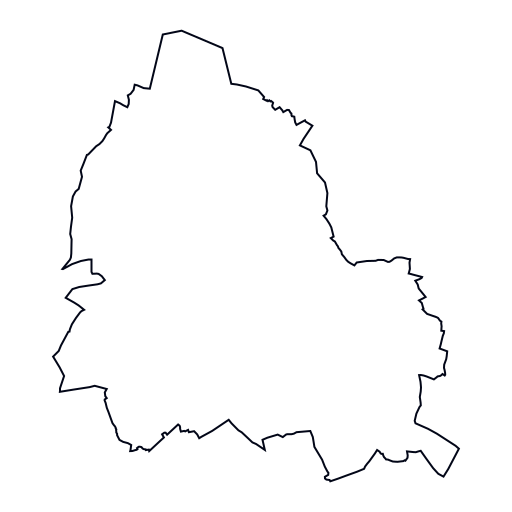 Nnewi North, Anambra, Nigeria
{"feature_id": "59680162B73952515985037", "entity_name": "Nnewi North", "entity_type": "district", "adm_level": 2, "iso_a3": "NGA", "parent_name": "Nigeria", "parent_adm1": "Anambra", "projection": "albers", "projection_center": [6.91, 6.02], "detail": "fine", "context": "isolated", "style": "outline", "palette": "ink", "viewbox_px": 512, "rotation_deg": 0, "n_neighbors": 0, "source": "geoboundaries", "source_scale": "gbopen_adm2", "svg_char_len": 4459}
<svg xmlns="http://www.w3.org/2000/svg" viewBox="0 0 512 512"><path d="M115.0,101.1L111.0,122.7L109.4,126.8L108.3,127.4L111.0,129.9L107.3,133.2L106.1,134.9L104.1,138.5L102.4,141.1L99.4,144.1L96.2,146.2L88.2,154.5L86.9,154.9L83.4,164.0L80.7,170.6L82.0,176.8L78.7,188.9L75.6,191.5L72.9,196.4L71.1,206.2L72.2,217.7L71.0,226.5L70.2,234.0L71.6,239.2L71.5,243.6L71.3,253.6L70.9,257.5L69.9,259.8L62.4,269.0L62.9,269.1L72.1,264.1L80.9,261.0L88.6,259.5L91.5,259.5L91.5,271.9L92.4,273.8L96.8,273.6L98.6,273.9L101.8,276.2L104.8,280.1L100.9,283.4L97.5,284.3L88.3,285.6L79.2,287.0L72.4,289.1L65.7,297.8L74.2,302.6L78.6,305.4L84.1,309.8L81.5,311.1L80.1,312.4L76.0,317.9L71.9,324.3L69.9,329.3L69.5,331.6L68.3,331.8L61.0,345.4L58.7,351.0L53.1,356.6L59.6,367.3L64.1,376.0L60.0,388.3L60.0,390.8L59.9,391.8L73.5,389.6L89.7,387.1L94.7,385.8L106.7,389.0L104.8,392.4L105.3,396.2L106.7,398.1L104.7,399.5L104.6,400.3L105.1,401.6L105.6,402.8L106.8,407.8L108.5,412.1L112.5,423.2L114.1,425.4L115.0,426.4L115.5,427.4L115.8,428.1L115.7,428.5L116.3,429.4L116.1,430.0L116.3,431.6L116.3,432.5L117.1,433.8L117.1,435.2L119.5,439.9L123.2,441.9L127.0,442.9L128.0,443.2L131.2,445.0L130.5,450.0L130.2,451.1L132.3,451.0L133.4,450.7L134.9,450.2L136.6,449.8L137.5,449.1L137.0,448.1L138.6,446.8L139.8,446.7L141.5,447.1L142.4,448.3L143.4,449.0L144.7,449.3L145.7,449.4L145.9,450.1L148.8,449.6L149.2,451.1L160.6,440.5L163.9,437.5L162.1,434.3L164.3,432.7L165.6,432.7L167.1,434.7L178.1,424.5L179.6,425.7L180.1,427.1L180.1,428.8L180.9,431.6L184.2,430.9L185.2,431.4L186.3,430.8L188.1,429.9L188.9,432.2L194.1,431.2L197.2,434.4L199.2,438.2L201.4,436.8L212.2,430.9L228.7,419.8L231.5,423.3L238.4,430.3L241.7,432.3L248.0,438.2L252.4,442.4L256.1,444.0L264.8,449.9L262.5,439.8L267.4,437.7L277.7,434.6L282.8,437.1L286.1,434.5L287.3,434.2L291.5,434.2L293.8,433.7L296.5,432.2L310.3,431.0L312.8,437.0L313.4,440.6L314.4,446.9L322.1,459.7L324.8,466.6L327.4,471.5L328.4,472.8L328.2,474.9L324.9,476.8L325.0,478.5L326.4,479.6L329.6,480.0L330.3,481.3L337.9,478.7L346.0,475.7L357.1,471.7L364.1,468.8L365.1,466.5L367.2,463.7L369.2,461.4L374.9,453.5L377.1,450.0L379.6,451.7L380.7,453.5L381.6,453.9L382.8,453.8L383.3,455.6L384.1,457.2L385.4,458.5L386.0,459.4L388.0,459.6L390.1,460.5L392.8,461.5L395.5,461.7L397.5,461.8L403.4,461.1L404.6,460.3L405.4,460.7L407.5,457.8L407.7,455.4L407.0,451.4L413.7,452.1L415.8,452.2L418.4,451.4L420.7,450.8L426.0,458.3L433.1,468.1L438.3,473.8L443.5,476.6L448.2,469.1L458.9,448.7L455.6,445.8L436.9,433.7L428.0,428.8L415.5,423.3L414.7,420.8L416.4,413.6L419.5,407.0L420.8,405.4L420.6,402.5L419.8,397.0L420.7,391.6L421.0,387.5L420.8,385.0L420.5,381.8L419.4,376.5L419.1,375.1L420.8,375.0L423.6,375.5L426.7,376.5L428.7,377.3L431.7,378.5L433.9,379.4L436.6,377.3L437.6,376.4L440.0,376.0L441.3,375.2L442.5,374.0L444.7,375.5L445.2,374.8L445.1,372.9L444.6,370.1L444.0,367.9L444.2,364.6L446.2,359.2L446.7,356.2L447.2,351.3L439.6,348.5L440.8,344.2L441.5,341.1L442.8,335.8L443.8,333.4L444.1,331.1L441.3,330.7L441.6,326.2L441.2,323.5L441.4,321.6L440.0,320.7L438.1,318.0L436.6,317.2L427.1,313.9L423.4,310.2L422.6,309.4L423.5,308.8L422.8,306.6L421.8,303.0L419.0,300.4L423.0,298.4L425.6,297.0L418.7,288.5L417.7,284.5L415.3,280.7L419.4,279.2L421.6,278.0L422.1,277.0L412.9,274.6L410.8,274.0L408.7,273.5L409.9,269.0L409.7,265.7L409.5,262.7L410.1,259.1L408.0,259.0L403.5,257.8L401.7,257.5L399.8,257.4L396.8,257.4L394.2,258.4L391.5,260.6L389.5,261.8L387.9,261.9L383.7,260.0L378.1,259.9L375.6,260.8L366.9,261.0L356.7,262.5L354.4,265.4L350.7,263.4L348.2,261.8L346.3,259.9L344.3,257.1L341.9,254.3L341.3,251.5L339.8,249.5L338.4,247.9L337.9,246.3L337.0,245.2L334.9,241.5L333.2,240.5L330.8,238.1L333.6,236.6L331.3,227.4L329.4,223.7L326.5,219.2L323.6,215.7L325.9,214.3L327.4,210.5L326.3,206.3L327.4,193.1L325.0,182.5L317.1,173.3L316.0,161.9L310.4,150.3L299.9,145.4L303.6,138.8L312.4,125.7L305.6,121.6L305.0,120.3L296.5,124.9L295.2,122.4L294.6,119.2L294.3,116.7L293.2,116.4L291.9,116.2L291.5,115.4L291.4,113.5L290.5,112.7L288.9,110.0L287.1,109.9L283.3,112.1L282.2,110.2L279.6,107.2L275.2,109.8L272.6,107.1L272.2,105.7L272.6,104.3L273.1,102.8L272.5,102.1L271.1,101.0L270.4,101.4L269.3,100.3L268.0,101.2L267.0,100.2L266.5,100.7L263.2,99.0L264.1,97.0L258.3,90.4L246.0,86.5L236.9,84.5L231.3,83.8L222.5,48.1L181.6,30.7L162.8,34.5L149.8,88.7L143.7,88.1L137.5,85.4L134.7,84.7L133.6,89.9L130.6,93.8L127.8,95.4L128.9,99.8L128.7,104.0L127.3,107.2L123.2,105.2L120.1,103.3L115.0,101.1Z" fill="none" stroke="#020617" stroke-width="2"/></svg>